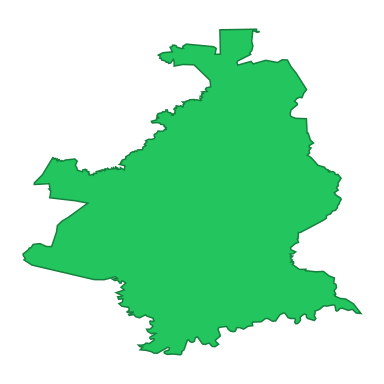 Mazozolu pag., Ogre, Latvia
{"feature_id": "27541924B71176066479064", "entity_name": "Mazozolu pag.", "entity_type": "district", "adm_level": 2, "iso_a3": "LVA", "parent_name": "Latvia", "parent_adm1": "Ogre", "projection": "robinson", "projection_center": [25.443, 56.925], "detail": "fine", "context": "isolated", "style": "filled", "palette": "green", "viewbox_px": 384, "rotation_deg": 0, "n_neighbors": 0, "source": "geoboundaries", "source_scale": "gbopen_adm2", "svg_char_len": 5988}
<svg xmlns="http://www.w3.org/2000/svg" viewBox="0 0 384 384"><path d="M140.2,349.8L146.0,350.3L151.5,351.7L153.7,353.1L157.1,353.3L168.0,347.2L169.4,347.9L168.9,350.1L165.2,351.2L164.1,352.1L164.4,353.2L167.4,354.4L173.1,354.0L180.2,354.8L181.7,353.8L181.7,351.7L184.1,349.6L187.4,340.1L188.8,340.1L189.9,341.6L191.8,342.3L193.3,342.0L194.5,341.1L195.1,338.2L197.3,336.7L202.5,344.0L205.0,344.5L209.0,343.0L212.2,346.4L215.1,346.7L218.6,344.2L215.8,341.6L215.4,340.2L220.4,335.9L218.0,329.1L219.0,327.4L226.5,326.4L228.2,329.2L230.4,331.1L233.6,331.7L235.2,331.2L236.8,327.7L239.7,327.6L243.7,329.1L248.2,326.2L252.7,325.7L252.2,323.0L252.7,322.1L261.1,321.8L265.5,318.5L268.1,318.6L272.4,321.2L275.6,321.0L279.9,314.7L283.7,312.9L285.1,313.4L288.0,317.6L290.5,318.5L294.9,318.5L295.4,319.5L294.7,322.2L295.9,323.8L297.6,323.5L299.6,321.6L300.5,320.0L300.1,317.2L304.1,314.0L306.4,314.9L306.5,317.2L307.7,318.5L314.3,320.5L315.9,318.6L314.2,315.5L315.1,313.6L315.1,311.0L319.3,309.5L323.8,305.8L326.8,306.1L334.1,304.8L335.1,306.1L335.8,310.4L336.7,311.1L338.5,310.3L339.5,308.7L342.2,308.2L348.3,310.4L352.4,309.3L356.2,313.0L361.0,313.5L353.5,303.9L345.7,299.0L340.1,298.4L335.1,296.2L335.3,295.3L334.4,294.8L335.8,294.0L334.1,290.8L336.5,287.7L336.0,284.5L333.7,283.0L334.4,277.9L329.2,276.0L323.4,271.4L315.9,271.8L305.9,270.7L305.2,270.4L305.9,269.3L299.3,269.4L292.3,264.3L293.7,263.2L293.5,261.7L290.8,261.9L292.4,260.0L291.0,258.9L290.4,257.0L292.1,256.9L292.7,256.1L291.5,256.0L290.1,254.1L293.3,253.7L295.7,251.9L290.9,249.8L290.6,247.5L295.6,243.4L298.5,242.4L297.2,239.0L298.1,238.7L298.4,232.5L300.1,232.6L323.5,220.2L326.4,218.2L326.5,215.7L327.2,215.1L330.5,214.0L332.6,210.9L335.3,210.4L337.4,207.8L337.8,205.2L339.4,203.6L339.5,202.1L341.2,199.4L340.5,197.9L336.5,195.5L334.2,192.8L338.2,190.1L336.6,188.1L336.8,187.1L338.4,185.7L337.9,183.3L341.1,178.3L337.8,174.3L336.2,174.7L334.9,173.9L334.7,172.6L332.9,171.6L328.9,171.8L329.5,170.8L328.0,170.7L328.1,169.9L325.6,168.9L324.5,167.2L318.1,165.4L311.1,157.6L307.3,155.1L309.7,153.0L308.8,151.0L311.0,147.9L309.4,147.3L309.0,145.7L313.5,143.0L310.4,140.1L308.1,133.0L307.1,133.1L306.4,118.7L295.5,118.3L290.9,116.5L290.1,114.1L291.0,109.9L297.4,104.7L297.1,103.1L294.5,101.4L296.8,98.6L299.5,97.3L302.0,97.7L303.7,93.3L306.6,89.6L296.2,73.2L290.8,66.4L287.4,60.0L282.2,59.8L277.5,62.5L265.7,60.3L253.3,63.9L251.0,61.4L237.8,65.1L236.9,62.7L237.6,61.0L250.7,54.4L249.6,52.8L251.7,50.8L252.9,46.0L251.7,41.5L252.8,30.5L257.1,32.3L259.7,31.8L256.2,31.1L256.5,29.2L219.9,29.8L220.4,54.2L215.1,54.3L216.2,48.4L213.6,46.7L186.3,44.1L182.9,46.2L183.3,46.8L182.6,47.9L183.2,48.2L181.9,48.6L176.9,47.2L176.2,45.8L174.2,45.1L172.5,45.2L172.5,46.2L170.1,47.3L172.4,51.8L163.1,52.7L157.7,55.3L160.0,55.2L159.9,58.3L161.3,58.5L161.6,60.0L165.1,60.9L166.3,62.3L168.0,62.0L168.5,63.4L170.6,63.1L173.3,59.4L174.2,61.8L174.1,66.1L182.7,64.5L194.0,64.8L210.0,80.3L210.7,86.8L206.5,87.8L205.4,89.2L207.2,91.5L201.8,91.9L203.3,93.6L201.6,94.0L201.8,95.8L200.5,96.2L202.4,97.1L201.6,98.2L199.9,98.1L200.3,99.4L201.4,100.1L200.6,100.7L196.3,99.7L194.6,100.2L194.2,99.5L189.4,99.8L189.0,100.6L186.0,101.2L186.0,101.9L182.6,102.0L184.4,103.8L183.1,104.6L183.3,106.6L182.5,107.0L180.8,105.7L179.4,106.4L176.3,105.8L176.6,107.2L175.8,107.3L176.3,108.2L174.6,108.2L173.9,109.3L175.4,110.8L174.7,112.3L175.1,113.5L174.0,113.6L173.0,115.4L171.8,115.0L172.6,114.0L171.4,113.9L170.6,112.7L168.1,112.5L167.1,109.8L165.8,110.0L166.1,111.0L165.1,111.8L162.5,111.8L162.1,112.7L158.1,113.6L156.9,115.8L157.1,117.0L158.4,117.0L158.6,118.1L156.6,118.0L156.5,119.9L151.4,121.3L151.8,122.4L152.5,123.0L157.4,122.6L159.9,123.2L160.6,124.3L163.4,124.7L164.6,125.9L164.2,126.6L166.1,127.6L165.6,128.2L166.3,129.4L164.7,129.5L162.7,131.4L158.0,131.0L156.7,133.1L154.3,134.5L154.2,136.1L155.1,137.1L154.4,138.4L151.9,139.4L148.5,139.3L145.6,140.8L146.8,142.0L144.3,144.3L145.8,145.6L142.9,147.2L142.6,149.6L137.4,150.0L136.7,151.4L134.9,150.9L134.0,152.1L133.0,151.7L130.4,152.9L129.8,154.4L125.8,156.7L125.8,158.9L122.3,160.0L121.5,161.2L121.8,161.9L120.7,162.3L121.2,163.3L119.4,164.4L124.9,165.8L124.3,170.0L120.4,167.6L120.3,169.2L117.1,169.5L116.8,168.6L117.7,168.1L115.6,166.9L115.5,168.6L114.2,168.7L113.7,167.7L113.1,168.5L112.0,168.0L112.2,168.9L108.7,169.4L107.7,168.3L107.3,169.0L105.7,168.9L105.9,169.7L105.3,170.2L105.5,169.5L104.4,169.2L103.7,170.2L102.6,169.8L99.7,170.7L101.1,171.2L100.3,171.6L96.8,171.4L96.1,171.7L96.5,173.4L93.8,173.3L93.3,175.1L92.1,174.3L90.0,175.4L88.6,174.1L89.3,173.4L88.3,172.4L88.8,171.8L86.8,171.3L86.0,170.6L86.7,170.0L85.6,169.3L82.8,169.9L82.4,171.8L77.3,170.2L76.8,167.6L75.3,165.4L77.2,161.2L74.9,159.0L65.4,160.0L63.2,161.2L61.7,160.5L60.8,161.4L59.5,160.2L58.2,160.6L58.7,159.8L57.8,160.0L57.4,159.0L56.7,159.1L56.7,160.1L55.8,158.5L53.5,159.1L54.2,158.5L53.1,158.6L53.6,158.1L52.8,157.6L42.4,174.8L34.3,182.9L34.3,184.5L49.2,183.7L50.0,189.0L49.0,189.0L50.8,191.1L49.8,197.8L74.9,200.7L87.9,203.1L67.7,217.8L62.3,220.9L57.4,225.5L56.5,232.1L51.6,246.6L46.4,246.5L40.0,243.6L33.2,244.4L31.1,247.6L29.0,248.2L28.8,249.4L23.0,254.1L23.4,255.8L25.4,258.4L23.9,259.8L32.0,265.1L94.1,279.6L104.1,279.7L115.3,276.7L117.3,278.2L112.5,279.2L114.8,280.6L117.4,280.0L120.0,283.2L121.1,283.1L121.5,281.3L122.3,280.7L125.8,283.0L121.0,287.3L124.3,289.9L116.2,292.7L122.5,295.8L121.3,296.6L117.7,296.7L118.6,299.3L123.1,298.8L122.2,302.3L118.9,303.6L121.8,306.2L128.5,307.4L129.1,308.2L128.9,310.7L127.1,311.6L127.2,312.3L133.2,312.0L133.1,312.8L128.6,314.3L129.2,315.4L133.8,314.6L135.8,316.8L139.7,317.8L145.5,314.8L147.1,316.2L153.4,318.3L153.3,320.0L154.1,321.1L152.6,321.6L150.4,320.9L149.8,321.6L150.5,324.4L152.1,325.1L152.9,326.6L149.9,329.2L146.6,329.2L147.8,331.5L151.6,333.8L153.1,333.1L155.9,333.5L150.0,337.2L149.9,338.2L150.8,339.3L153.9,338.6L154.2,340.0L149.5,343.5L146.0,343.1L144.7,344.4L141.9,345.2L138.4,345.1L139.9,346.6L142.7,347.1L140.2,349.8Z" fill="#22c55e" stroke="#15803d" stroke-width="1.5"/></svg>